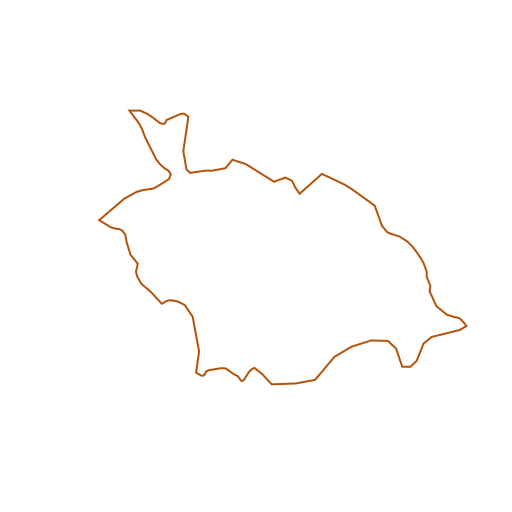 the District of Chhukha, rotated 318°
{"feature_id": "BTN-2433", "entity_name": "Chhukha", "entity_type": "District", "adm_level": 1, "iso_a3": "BTN", "parent_name": "Bhutan", "parent_adm1": "", "projection": "equal_earth", "projection_center": [89.524, 27.004], "detail": "fine", "context": "isolated", "style": "outline", "palette": "amber", "viewbox_px": 512, "rotation_deg": 318, "n_neighbors": 0, "source": "natural_earth", "source_scale": "10m", "svg_char_len": 1643}
<svg xmlns="http://www.w3.org/2000/svg" viewBox="0 0 512 512"><g transform="rotate(318 256 256)"><path d="M365.5,448.8L357.9,447.3L332.4,433.7L322.0,433.2L305.3,441.4L296.5,441.6L290.6,436.1L298.2,418.5L297.2,407.4L285.2,395.9L266.3,387.3L246.8,383.4L217.0,387.6L200.1,377.2L181.8,361.9L181.6,348.1L180.0,338.1L177.6,337.4L173.7,337.3L163.7,340.1L161.8,339.4L161.4,337.9L161.9,335.6L161.9,332.7L160.5,329.0L158.2,319.2L154.7,315.8L144.8,309.5L142.1,308.5L140.3,308.8L138.9,309.8L136.6,309.6L135.3,308.3L133.4,302.6L149.8,288.9L168.3,258.7L170.2,244.9L169.1,241.6L167.1,236.9L164.7,233.8L162.3,231.2L159.6,229.7L154.0,228.4L153.8,212.2L152.2,199.8L153.8,192.3L156.2,187.5L163.0,182.6L163.6,171.0L168.9,159.6L173.1,152.7L173.6,148.2L172.6,144.9L169.3,140.8L167.3,137.4L163.4,124.4L196.6,125.3L210.0,128.4L216.2,131.4L224.2,136.8L228.2,138.1L242.7,140.6L247.3,138.3L247.7,136.4L248.0,134.3L247.7,132.4L246.9,130.3L246.5,127.8L246.1,123.3L246.4,117.8L253.1,93.4L256.3,85.2L257.9,78.9L259.2,63.2L267.2,70.4L270.2,77.4L272.0,84.3L273.6,93.1L275.3,95.7L277.2,96.5L280.5,95.1L295.4,100.1L297.8,102.1L298.9,107.3L272.0,129.6L262.3,145.1L262.7,150.2L275.1,158.4L280.3,163.1L292.0,170.3L302.9,168.7L310.0,181.1L319.1,212.9L330.3,217.4L333.0,223.9L332.3,227.5L331.2,230.4L330.1,238.9L359.9,239.1L369.4,261.7L371.8,269.8L377.9,298.0L369.8,317.9L369.5,326.0L370.4,328.5L375.8,337.8L378.1,346.4L378.6,352.6L378.0,361.0L376.8,368.7L375.8,373.3L372.7,381.0L371.7,382.8L368.9,385.6L365.6,394.9L361.4,398.4L356.5,413.9L358.5,427.2L362.2,433.6L365.0,437.3L365.8,439.5L365.8,446.2L365.5,448.6L365.5,448.8Z" fill="none" stroke="#b45309" stroke-width="2"/></g></svg>